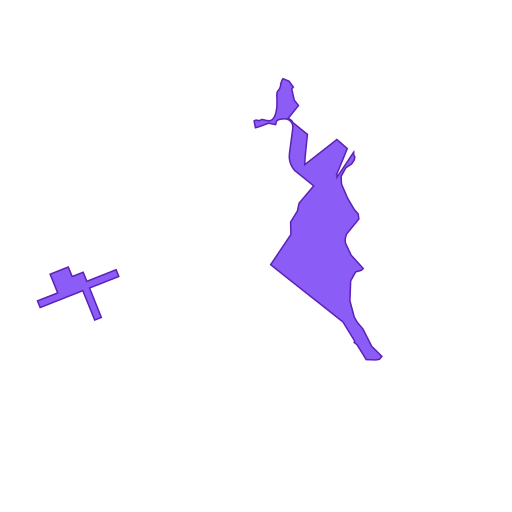 outline of Weipa, Queensland, Australia, rotated 124°
{"feature_id": "25037944B24701814738895", "entity_name": "Weipa", "entity_type": "district", "adm_level": 2, "iso_a3": "AUS", "parent_name": "Australia", "parent_adm1": "Queensland", "projection": "orthographic", "projection_center": [141.869, -12.645], "detail": "fine", "context": "isolated", "style": "filled", "palette": "violet", "viewbox_px": 512, "rotation_deg": 124, "n_neighbors": 0, "source": "geoboundaries", "source_scale": "gbopen_adm2", "svg_char_len": 1983}
<svg xmlns="http://www.w3.org/2000/svg" viewBox="0 0 512 512"><g transform="rotate(124 256 256)"><path d="M268.8,95.5L266.2,109.5L256.8,126.4L254.2,135.3L251.7,140.4L240.6,153.1L223.7,163.6L213.5,164.5L210.0,161.5L208.9,160.6L206.4,160.1L202.1,177.6L195.3,189.0L192.3,191.5L188.3,192.9L187.2,193.2L167.8,191.4L164.0,194.8L162.5,200.5L160.2,205.4L156.7,212.6L148.6,225.3L142.3,230.0L133.0,230.8L132.5,230.8L126.2,228.2L123.0,228.2L121.5,228.2L118.6,229.5L116.9,232.4L115.9,232.5L115.2,233.1L116.5,233.1L145.3,232.9L144.5,233.4L143.5,233.5L143.5,234.8L141.9,235.0L128.7,237.7L115.9,240.4L114.2,254.1L140.5,262.6L153.1,266.7L146.1,270.8L126.4,281.4L124.8,299.8L123.8,302.3L123.7,305.1L124.0,306.3L107.5,304.9L105.4,311.4L97.5,319.8L95.1,319.5L92.6,326.3L93.8,332.5L93.9,332.8L94.1,332.8L95.7,332.8L97.6,332.2L99.4,331.9L100.9,330.9L102.2,330.5L102.6,330.4L104.3,330.0L105.6,330.1L106.1,330.1L107.0,330.2L108.6,330.0L111.1,328.7L114.7,326.0L120.8,322.0L125.9,319.7L129.7,318.6L132.7,318.6L134.0,318.8L135.9,320.0L136.8,320.8L137.1,322.0L137.6,322.8L138.1,323.6L138.5,325.2L139.0,326.2L139.3,327.3L139.6,327.5L140.5,328.1L141.5,328.7L142.4,329.6L142.7,330.8L143.2,331.8L144.0,332.6L145.0,333.1L145.4,332.8L150.0,328.2L148.9,327.2L147.7,326.2L142.2,322.2L138.9,319.8L136.5,314.2L136.1,313.2L132.6,314.4L130.7,313.7L129.0,312.3L126.6,309.4L125.4,307.3L124.8,305.0L125.0,302.6L125.8,300.4L127.3,298.5L129.2,297.1L152.5,285.5L155.6,283.6L158.2,281.3L160.5,278.5L162.2,275.4L163.5,271.8L164.4,260.9L165.3,250.9L165.6,247.4L188.1,249.8L195.7,246.8L208.5,246.3L218.6,239.1L255.0,239.0L256.4,221.8L257.8,203.3L258.5,194.1L259.0,187.8L259.7,177.9L262.1,146.9L271.4,126.5L272.8,126.3L273.0,122.8L278.1,111.4L280.3,106.7L275.1,98.5L272.6,95.9L268.8,95.5ZM386.2,416.5L397.5,399.8L415.4,412.1L419.4,406.1L381.6,380.2L399.3,353.9L393.4,349.9L375.6,376.1L349.7,358.3L345.6,364.3L371.6,382.1L366.1,390.2L375.8,396.9L370.1,405.5L386.2,416.5Z" fill="#8b5cf6" stroke="#5b21b6" stroke-width="1.5"/></g></svg>